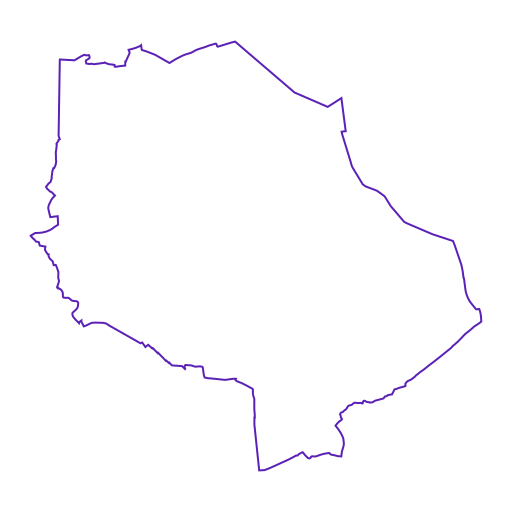 Sapphaya, Chai Nat, Thailand
{"feature_id": "78962969B57770947463323", "entity_name": "Sapphaya", "entity_type": "district", "adm_level": 2, "iso_a3": "THA", "parent_name": "Thailand", "parent_adm1": "Chai Nat", "projection": "mercator", "projection_center": [100.242, 15.145], "detail": "fine", "context": "isolated", "style": "outline", "palette": "violet", "viewbox_px": 512, "rotation_deg": 0, "n_neighbors": 0, "source": "geoboundaries", "source_scale": "gbopen_adm2", "svg_char_len": 5834}
<svg xmlns="http://www.w3.org/2000/svg" viewBox="0 0 512 512"><path d="M481.3,321.6L481.0,316.9L480.6,313.9L480.4,312.8L479.3,309.1L479.0,308.9L478.8,308.9L476.8,309.4L476.4,309.3L476.0,309.2L475.8,309.0L474.2,307.0L471.2,303.3L470.0,301.7L468.9,299.9L467.9,297.9L466.7,294.9L465.9,292.1L465.5,290.2L464.0,278.6L463.8,278.6L463.7,278.5L463.6,278.2L462.6,270.8L461.9,267.4L461.6,265.8L460.9,263.4L454.7,245.3L453.0,241.0L432.4,234.2L408.3,223.9L404.3,222.0L390.8,206.2L384.7,196.4L380.3,193.1L376.9,190.7L365.4,186.3L362.7,184.3L352.5,167.4L351.7,165.7L350.6,161.7L342.1,134.0L341.6,131.7L345.7,131.2L341.4,98.1L327.7,106.9L294.5,92.5L235.1,41.6L231.9,42.4L217.8,46.7L217.3,46.4L217.0,45.8L216.4,44.1L216.0,43.7L215.6,43.6L209.1,45.5L205.0,47.1L198.2,49.2L195.2,50.5L193.1,51.7L190.8,52.9L185.7,54.4L182.2,55.8L175.6,59.2L169.5,63.0L155.3,54.9L152.8,53.9L147.0,51.6L143.3,50.4L141.9,50.0L141.7,49.4L141.5,48.4L141.1,45.2L140.4,45.8L139.7,46.2L135.6,47.9L131.9,49.0L128.6,49.8L129.4,51.9L129.6,52.8L129.2,54.0L126.9,59.0L125.7,61.8L125.3,61.7L125.2,65.6L121.0,66.0L116.2,66.7L115.1,66.8L114.8,66.7L114.6,66.4L114.5,64.9L112.1,64.5L110.7,64.4L108.9,64.2L107.4,63.7L106.1,63.2L105.5,62.9L104.8,62.5L104.5,62.8L94.2,64.2L92.7,64.0L91.2,63.7L90.0,64.0L89.4,64.0L88.5,63.9L86.3,63.5L85.8,61.5L85.9,60.7L86.1,60.3L86.6,60.0L89.1,58.5L89.4,58.1L89.6,57.8L89.6,57.3L89.4,56.0L88.9,55.1L86.7,55.4L85.5,55.2L84.5,54.8L84.0,54.9L80.8,56.5L74.5,60.3L59.9,59.5L59.8,59.9L58.6,135.5L58.8,136.5L59.3,138.0L59.8,139.1L58.5,140.0L58.4,140.7L58.2,141.1L56.5,143.7L56.4,144.0L56.5,144.3L56.8,144.8L56.2,149.6L55.9,151.7L55.8,152.8L56.0,157.8L55.9,159.1L56.2,161.3L56.0,162.3L55.8,164.2L55.0,166.4L54.6,167.1L54.2,168.1L53.7,168.0L53.4,168.1L52.4,171.1L52.2,172.9L51.6,177.1L51.8,178.1L51.4,179.2L50.6,181.8L49.9,182.5L48.7,183.4L47.8,184.5L47.3,185.2L46.5,186.2L46.0,186.9L47.1,188.7L47.9,189.5L48.8,190.2L49.9,191.4L52.0,192.4L53.8,194.4L55.0,195.5L53.7,196.8L52.1,198.7L51.2,200.1L48.9,204.9L48.6,206.0L48.3,207.1L48.3,207.9L48.3,208.7L49.3,213.1L50.3,217.1L57.7,216.2L58.1,224.7L54.3,227.1L52.4,228.6L50.1,230.0L46.8,231.4L44.6,232.0L41.9,232.6L38.7,232.9L35.2,233.0L30.7,235.7L31.2,236.4L32.6,238.0L34.9,240.1L35.8,241.4L36.2,241.6L37.4,241.8L38.5,242.0L38.9,242.3L39.2,243.7L39.6,245.0L39.8,245.6L45.4,246.6L45.0,249.1L45.1,250.1L47.1,253.5L47.8,254.1L48.7,254.4L48.4,255.2L48.5,255.6L48.8,256.7L49.6,258.1L49.8,258.6L50.1,258.9L51.2,259.9L52.3,260.9L52.6,261.2L53.7,265.2L53.9,265.2L55.5,264.9L55.8,265.0L56.8,267.3L58.4,272.0L58.4,272.3L58.2,277.6L59.0,281.1L58.9,281.7L57.1,287.1L57.1,287.5L58.2,287.7L58.2,288.5L59.0,288.6L60.2,289.1L60.9,289.6L61.6,290.4L62.4,291.8L62.8,292.9L62.9,296.5L63.0,297.0L63.2,297.3L63.5,297.5L64.3,297.7L65.4,297.8L67.6,297.8L68.5,297.9L69.3,298.4L71.8,300.5L72.1,300.7L72.7,300.8L75.9,301.2L76.7,301.3L77.4,301.6L78.0,302.3L78.2,302.9L78.2,303.7L77.8,306.6L77.4,307.8L77.0,308.4L75.5,310.1L72.6,312.7L72.4,313.3L72.4,314.4L72.6,315.6L72.9,316.1L73.5,317.2L75.6,319.7L78.7,322.8L79.0,323.2L79.3,322.2L79.5,321.9L81.4,320.5L81.4,321.8L81.5,322.1L83.0,324.6L83.5,325.9L83.9,326.4L86.4,325.4L91.1,323.1L92.3,322.8L95.0,322.6L102.1,322.8L103.5,322.9L106.3,323.6L109.3,325.6L140.5,343.3L142.2,342.5L145.4,347.0L148.2,344.8L152.3,348.5L152.8,348.1L157.8,353.2L158.1,352.8L163.2,358.0L165.8,360.8L166.2,360.5L168.9,363.0L169.2,362.6L171.9,365.4L182.0,366.1L185.0,369.0L185.2,368.6L185.1,368.4L184.3,367.0L185.4,365.0L191.1,365.4L191.7,365.5L194.5,366.5L195.4,366.7L198.7,366.4L200.1,366.4L201.6,366.6L202.2,366.8L202.5,367.0L202.8,367.6L203.8,374.8L204.3,376.6L204.7,377.5L207.8,378.2L208.8,378.3L210.7,378.4L225.1,379.9L233.0,378.8L233.8,378.7L235.9,378.8L235.5,379.6L235.4,379.9L235.5,380.1L236.2,380.7L237.1,381.3L240.1,382.5L241.1,382.8L243.5,384.0L247.4,386.0L252.1,388.6L252.7,389.0L252.8,389.3L252.9,390.0L252.9,393.7L253.4,396.2L254.2,398.4L254.3,398.9L254.3,408.8L254.8,415.6L254.8,417.6L254.4,417.6L254.4,424.7L259.2,470.4L264.7,470.1L270.2,467.9L288.9,459.4L294.6,456.4L295.8,455.6L296.2,455.5L297.0,455.6L297.4,455.6L297.7,455.4L298.8,454.2L299.1,454.0L302.3,452.3L302.5,452.2L302.8,452.3L305.2,455.3L306.8,456.9L307.6,457.7L308.1,458.1L308.5,458.2L309.0,458.3L309.9,458.3L310.3,458.0L310.6,457.8L311.1,456.7L311.7,456.4L312.6,456.3L314.8,456.5L315.6,456.4L316.8,456.1L321.4,454.5L324.4,453.7L329.2,453.0L329.5,453.1L330.1,454.0L330.7,454.4L331.2,454.6L331.8,454.8L333.8,455.1L338.1,456.2L341.3,456.4L341.6,453.7L342.0,451.2L343.4,446.6L343.7,445.3L343.8,444.1L343.8,442.9L343.5,440.0L343.3,438.6L342.7,436.9L341.4,434.2L340.6,432.7L338.3,429.2L335.5,425.7L337.4,423.3L338.8,421.9L339.6,421.2L341.2,420.1L341.6,419.8L341.8,419.5L341.9,419.2L341.9,418.7L341.0,417.6L340.9,417.3L340.7,415.9L340.1,414.5L340.1,414.1L340.2,413.8L340.6,413.1L341.3,412.5L342.8,412.0L344.3,410.5L345.4,409.7L346.2,409.1L346.5,408.8L347.8,406.4L348.1,406.1L348.6,405.8L349.5,405.4L350.9,405.1L351.7,404.8L352.4,404.3L353.1,403.6L354.0,403.0L354.8,402.7L355.2,402.7L357.9,403.1L360.7,402.9L361.0,402.9L362.1,403.5L362.4,403.5L362.6,403.4L362.8,402.4L363.0,401.8L363.3,401.3L363.7,400.9L364.2,400.7L364.8,400.8L366.8,401.9L367.3,402.0L368.9,402.2L369.9,402.6L371.9,402.4L372.6,402.2L375.1,400.7L383.3,398.5L383.8,398.1L384.9,396.5L385.3,396.4L386.5,396.2L387.0,396.0L387.3,395.8L387.7,395.2L388.0,395.1L391.1,394.5L391.6,394.3L391.8,394.4L392.0,394.4L393.6,391.3L394.3,389.7L394.5,389.4L396.5,388.9L399.0,387.9L401.1,387.3L403.4,386.7L405.4,386.1L405.5,385.9L405.4,384.2L405.4,383.7L406.0,382.8L407.1,381.6L407.9,381.0L410.4,379.9L411.9,379.0L415.1,376.5L416.0,375.4L417.6,374.2L419.9,372.3L422.6,370.4L424.4,369.1L428.8,365.5L434.3,361.4L443.2,354.3L444.2,353.5L451.1,347.9L451.7,347.3L452.4,346.3L454.5,344.6L458.1,341.4L465.3,333.9L469.8,330.4L474.1,326.6L479.1,323.3L481.3,321.6Z" fill="none" stroke="#5b21b6" stroke-width="2"/></svg>